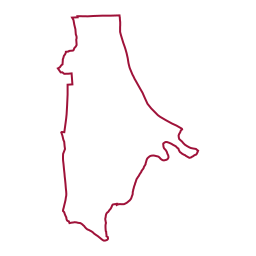 the district of Semlac, Arad, Romania
{"feature_id": "2599482B97357966880497", "entity_name": "Semlac", "entity_type": "district", "adm_level": 2, "iso_a3": "ROU", "parent_name": "Romania", "parent_adm1": "Arad", "projection": "orthographic", "projection_center": [20.923, 46.147], "detail": "fine", "context": "isolated", "style": "outline", "palette": "rose", "viewbox_px": 256, "rotation_deg": 0, "n_neighbors": 0, "source": "geoboundaries", "source_scale": "gbopen_adm2", "svg_char_len": 5054}
<svg xmlns="http://www.w3.org/2000/svg" viewBox="0 0 256 256"><path d="M108.4,237.5L106.5,236.3L106.5,235.7L106.5,234.9L106.2,233.0L106.2,231.8L105.8,231.2L105.7,230.4L105.6,229.3L105.5,227.4L105.5,226.5L105.5,225.2L105.6,224.6L105.8,223.5L105.9,223.3L106.0,222.9L105.8,222.5L105.7,221.8L105.5,220.6L105.3,219.8L105.3,219.0L105.3,218.3L105.6,217.4L105.7,216.6L105.8,215.7L106.0,214.8L106.1,214.4L106.6,213.3L107.4,212.4L107.9,212.1L108.3,211.8L109.0,210.7L109.6,209.9L110.5,208.9L111.0,208.1L111.4,207.3L112.1,205.6L112.3,205.2L112.7,204.6L113.5,204.4L114.3,204.2L115.2,204.2L116.5,203.8L116.8,203.8L116.6,204.2L116.5,204.5L116.7,205.0L117.4,204.6L118.5,204.3L119.8,204.1L121.4,204.2L123.4,204.2L124.2,204.1L125.4,203.5L126.4,203.0L127.3,202.4L128.8,201.1L129.7,200.4L130.9,198.9L131.4,197.8L131.9,196.2L132.4,195.0L132.7,194.0L132.7,192.9L132.8,191.7L133.1,190.8L133.3,189.3L133.6,188.7L133.8,187.7L134.1,186.5L134.8,184.6L134.9,184.3L135.0,184.0L135.1,183.6L135.1,183.2L135.5,182.5L136.2,180.2L136.7,178.9L137.1,178.3L137.5,177.8L138.0,176.9L138.6,176.2L139.1,175.3L139.5,174.5L140.2,173.4L140.5,173.0L140.8,172.6L141.4,171.6L141.4,171.2L142.0,170.4L142.3,169.9L143.2,168.8L143.7,167.9L143.8,167.3L144.0,166.8L144.4,166.1L145.0,165.3L145.3,164.7L145.6,164.1L145.6,163.4L146.0,162.2L146.6,160.0L147.1,158.8L147.7,158.0L149.2,156.7L149.6,156.4L150.3,156.0L151.0,155.8L151.9,155.6L153.7,155.5L155.1,155.8L156.7,156.2L157.7,156.4L158.5,156.7L159.7,157.7L160.4,158.6L161.1,159.2L161.8,159.7L162.4,160.0L163.1,160.3L164.4,160.3L165.2,160.1L165.9,159.9L166.5,159.8L167.1,159.4L167.9,158.7L168.4,157.7L168.5,157.2L168.4,156.4L168.2,155.3L167.7,154.4L167.3,153.5L166.9,152.1L166.4,151.2L165.8,150.2L165.3,149.6L164.5,148.8L164.3,148.6L164.1,148.3L163.8,147.7L163.5,146.7L163.4,145.9L163.3,144.8L163.2,144.3L163.2,143.8L163.5,143.3L164.1,142.9L165.3,142.1L166.1,142.0L167.2,142.1L169.2,142.8L171.6,143.9L172.8,144.7L174.7,145.7L175.8,146.3L177.1,147.7L178.4,148.6L178.7,149.7L179.5,151.3L180.0,152.1L181.3,153.0L182.2,153.8L184.3,154.9L185.1,155.2L185.9,155.9L186.8,156.4L187.7,156.9L188.7,157.5L189.4,157.8L190.4,157.6L191.1,157.4L191.7,157.0L192.1,156.7L192.9,156.3L193.4,156.1L193.8,155.6L194.9,155.0L196.1,154.6L196.9,153.6L197.1,153.0L197.6,152.1L197.6,151.3L197.9,151.2L198.1,150.7L197.4,150.2L196.8,149.7L196.0,149.0L195.1,148.8L193.1,148.5L190.8,148.0L189.2,147.3L186.9,146.0L184.9,144.7L183.2,143.0L181.9,141.4L180.8,140.5L179.2,139.0L178.8,137.4L178.6,135.5L179.2,133.9L180.2,132.3L180.4,131.6L180.6,131.0L181.5,129.7L182.2,129.4L182.9,129.1L182.2,129.2L181.7,128.6L176.5,125.6L172.1,123.6L165.9,120.2L160.1,116.8L157.9,115.2L151.2,108.4L147.5,103.8L145.8,100.1L145.1,98.6L143.5,95.0L142.6,92.9L140.4,89.1L138.2,85.2L135.5,80.4L134.6,78.9L134.3,78.2L133.3,76.1L132.5,74.7L130.0,68.7L129.5,67.3L128.5,63.2L127.7,58.1L126.6,53.2L125.5,49.3L124.7,46.8L123.2,42.6L122.2,39.3L121.1,35.7L120.6,33.9L120.1,31.9L120.1,31.1L120.1,28.5L120.1,27.6L120.1,26.9L120.2,25.5L120.2,22.2L120.2,21.9L120.1,21.4L119.9,19.2L119.8,17.3L119.7,16.9L119.6,16.5L119.5,15.4L109.4,15.7L101.5,15.7L93.2,16.0L88.3,16.3L86.5,16.3L79.2,16.2L78.7,16.2L77.4,16.2L77.5,16.8L77.6,17.3L72.1,17.6L73.5,20.1L74.3,24.7L75.4,29.2L75.8,34.3L76.5,36.3L76.6,37.5L76.6,38.2L76.2,39.9L76.3,40.3L76.5,43.1L76.6,45.0L75.8,46.5L74.6,47.8L74.3,48.2L74.1,48.7L73.9,49.2L73.8,49.7L73.4,50.2L73.1,50.5L72.7,50.6L69.2,50.9L68.9,51.1L68.8,51.3L68.5,51.5L67.8,51.6L65.9,51.8L65.9,52.2L65.8,52.7L65.6,53.1L65.3,53.7L65.2,54.1L64.9,54.6L64.4,55.2L64.0,55.7L63.9,55.9L63.3,58.1L62.8,59.4L62.8,60.6L62.6,63.1L62.5,64.0L62.5,64.4L62.2,64.6L61.9,64.8L61.5,65.1L61.2,65.4L60.8,65.9L60.2,66.8L59.9,67.2L59.1,67.7L58.4,68.2L57.9,68.4L60.7,72.4L61.1,72.4L62.3,72.3L64.2,73.8L68.6,73.7L70.5,73.5L71.6,73.4L72.4,84.4L67.6,84.7L67.6,94.5L67.1,105.7L66.6,114.3L66.2,118.2L65.7,122.1L64.3,132.2L61.8,132.0L61.3,132.4L62.4,135.6L63.4,139.9L64.2,141.7L64.6,146.1L65.0,149.0L63.1,153.9L63.0,156.5L63.0,158.9L63.1,160.6L63.5,164.0L64.0,169.3L64.5,173.9L64.7,176.4L65.1,179.9L65.5,184.0L65.8,187.9L66.0,189.9L66.2,191.6L66.2,192.0L66.3,193.3L66.3,194.5L66.2,196.0L65.9,197.3L65.5,200.1L65.0,202.3L64.7,203.5L64.1,205.9L63.7,207.7L63.3,209.0L63.1,209.9L63.0,210.5L63.0,210.8L63.0,211.0L63.3,211.3L63.7,211.6L63.9,211.9L64.2,212.3L64.4,212.8L64.7,213.9L65.2,215.1L65.5,215.8L66.1,217.0L66.2,217.3L66.3,217.4L66.4,218.5L66.6,219.4L67.1,220.5L67.7,220.9L68.0,221.1L68.8,221.3L69.5,223.1L71.3,222.7L73.8,222.4L74.6,222.2L76.5,222.4L78.0,222.8L80.4,223.1L81.8,224.0L82.7,224.7L83.0,225.1L83.5,225.5L83.9,225.8L84.3,226.2L84.7,226.8L84.9,227.1L85.5,227.7L85.8,228.1L86.5,228.7L87.1,229.2L87.4,229.4L87.8,229.6L88.5,229.8L89.5,230.3L90.0,230.6L90.7,231.0L91.4,231.3L91.8,231.6L92.8,232.3L93.3,232.8L94.1,233.6L94.5,233.9L95.4,234.5L96.5,235.3L97.7,236.0L98.0,236.3L100.0,237.9L101.2,238.9L102.1,239.6L102.8,240.1L103.4,240.4L103.8,240.6L104.3,240.6L104.9,240.6L105.4,240.5L106.0,240.3L106.9,240.0L107.4,239.6L107.6,239.4L107.8,239.1L108.0,238.8L108.0,238.5L108.0,237.4L108.4,237.5Z" fill="none" stroke="#9f1239" stroke-width="2"/></svg>